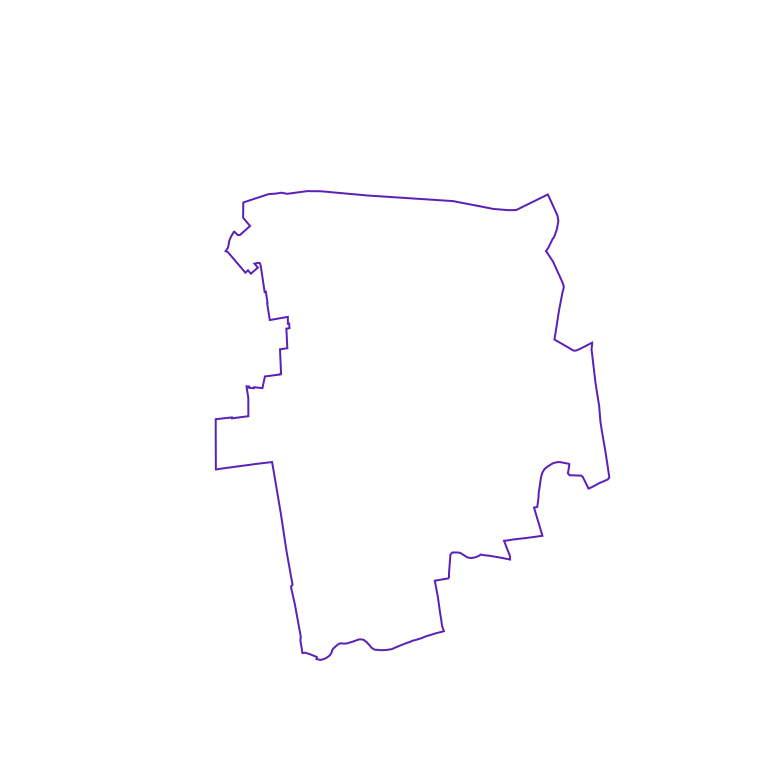 1 Decembrie, Giurgiu, Romania, rotated 134°
{"feature_id": "2599482B3986064328518", "entity_name": "1 Decembrie", "entity_type": "district", "adm_level": 2, "iso_a3": "ROU", "parent_name": "Romania", "parent_adm1": "Giurgiu", "projection": "natural_earth1", "projection_center": [26.066, 44.294], "detail": "fine", "context": "isolated", "style": "outline", "palette": "violet", "viewbox_px": 768, "rotation_deg": 134, "n_neighbors": 0, "source": "geoboundaries", "source_scale": "gbopen_adm2", "svg_char_len": 4378}
<svg xmlns="http://www.w3.org/2000/svg" viewBox="0 0 768 768"><g transform="rotate(134 384 384)"><path d="M562.2,445.5L561.1,444.6L558.1,442.4L540.0,428.1L537.0,425.7L530.5,420.6L517.9,410.3L521.9,404.8L547.4,370.2L548.1,369.2L565.4,346.6L572.2,337.7L573.2,336.3L586.2,318.3L591.7,310.6L592.4,310.2L593.9,310.3L594.5,310.0L594.7,309.7L595.0,309.3L595.5,308.6L604.6,294.8L617.2,277.2L618.9,275.0L620.8,272.1L622.9,269.4L624.1,267.8L626.3,266.3L627.5,264.8L629.2,262.5L631.0,260.0L632.1,258.6L633.2,257.1L633.4,256.9L634.2,255.8L632.1,254.1L630.1,250.2L628.4,246.1L627.9,244.7L627.7,244.2L627.5,243.9L627.3,243.4L627.0,242.8L627.3,242.5L627.5,242.3L627.7,242.1L628.1,241.9L628.6,241.7L628.8,241.5L627.6,239.6L626.4,237.8L623.4,236.1L620.8,235.1L617.1,234.5L614.3,234.9L613.5,235.3L610.8,236.5L610.2,236.7L605.9,236.5L602.0,235.9L600.0,234.4L598.6,232.4L595.6,229.9L593.6,229.0L590.9,227.4L586.9,225.5L585.2,224.6L583.9,223.4L583.0,222.3L582.1,220.7L581.8,217.0L581.9,213.6L582.4,209.8L581.6,206.1L580.0,204.3L577.8,201.5L576.3,200.0L574.0,197.8L571.8,196.1L569.5,194.3L564.2,192.1L559.8,190.2L554.4,187.7L551.5,186.2L548.6,185.0L545.7,183.1L544.0,182.3L541.1,180.6L537.8,179.2L535.3,178.0L532.4,176.3L529.8,174.9L526.7,173.2L523.1,170.9L520.2,169.2L517.7,174.1L513.4,179.7L509.1,185.4L505.8,189.6L500.0,197.0L499.0,198.4L490.2,210.8L480.4,203.6L479.4,202.8L478.0,202.9L474.7,206.0L460.6,217.7L458.6,217.8L457.3,217.6L457.0,217.0L456.2,216.2L455.2,215.2L454.5,214.4L454.0,213.9L453.4,213.2L453.2,212.8L453.0,212.4L452.4,211.4L452.2,210.4L451.4,206.5L451.2,205.6L451.1,204.7L451.0,204.3L451.0,204.2L450.7,203.5L449.9,202.0L449.6,201.6L448.5,200.3L448.3,200.2L447.2,199.3L446.2,198.6L445.6,198.2L444.5,197.6L443.9,197.3L442.2,196.6L441.7,196.4L441.1,196.2L440.7,196.2L440.4,196.1L439.6,196.1L437.7,193.1L435.5,190.4L434.0,188.4L429.1,181.2L426.2,176.8L422.7,171.4L421.0,172.9L419.5,175.4L417.6,179.8L414.8,185.7L413.4,188.7L412.3,187.7L405.9,182.9L400.2,178.2L397.2,175.7L389.0,169.2L386.1,166.9L384.6,165.8L383.2,164.6L382.5,165.7L379.9,170.3L374.4,180.1L368.9,189.9L368.7,190.2L368.2,189.9L366.8,189.0L365.9,188.4L364.3,189.6L362.8,190.7L361.0,192.0L358.2,194.1L355.0,197.0L350.6,200.1L347.2,202.5L345.7,203.6L342.7,205.8L339.8,207.5L337.7,208.5L335.6,209.0L333.4,209.5L329.7,209.0L325.0,207.8L322.7,207.0L322.5,206.8L319.7,204.9L317.8,203.0L316.3,200.7L313.4,196.2L312.9,195.4L313.2,194.7L314.4,193.9L317.8,191.5L319.7,190.2L320.5,189.7L320.6,188.4L320.7,187.1L320.1,186.5L318.5,184.7L317.0,183.0L315.4,181.2L314.3,180.1L313.3,178.9L312.9,178.5L312.7,176.7L312.9,176.2L314.3,172.1L315.6,168.6L316.9,164.9L317.2,164.2L314.3,163.0L310.4,161.7L308.6,161.1L307.0,160.6L306.7,160.6L306.1,160.4L301.9,158.6L297.1,156.7L294.7,157.0L285.0,169.6L279.7,176.6L278.1,178.7L273.5,185.0L269.3,190.8L266.7,194.3L266.4,194.7L260.7,202.2L250.4,213.9L236.7,232.1L233.6,235.9L214.8,258.9L210.4,262.2L209.7,263.0L222.9,267.5L226.4,269.0L227.8,270.2L228.4,271.2L229.0,273.5L229.4,275.4L233.6,292.3L223.0,299.7L222.7,299.9L210.4,308.6L209.8,309.0L198.0,316.7L196.1,318.0L193.0,319.9L191.5,320.6L189.3,322.1L187.8,324.3L185.1,330.7L183.4,335.1L183.3,335.5L178.7,346.9L178.6,347.3L175.8,359.5L175.9,359.8L174.8,360.0L172.4,360.3L171.7,360.5L168.1,361.6L163.7,363.1L162.7,363.4L161.2,363.6L159.8,363.8L152.7,367.1L151.3,368.0L145.6,371.8L142.4,376.1L139.9,382.3L134.9,395.0L133.8,397.8L143.9,401.4L160.4,407.4L164.2,408.7L167.1,409.8L172.4,415.1L182.0,426.8L204.4,461.3L215.4,474.3L260.7,527.8L262.5,530.1L289.2,563.3L298.7,573.3L314.5,585.8L317.6,590.6L322.2,594.1L327.4,598.8L333.6,602.1L335.5,603.1L344.8,608.0L351.2,611.3L357.7,605.1L359.5,603.4L361.5,601.7L362.3,600.6L363.4,590.1L376.8,591.1L378.4,592.7L378.4,597.5L378.9,597.7L384.3,596.4L388.5,594.8L391.9,592.4L394.7,590.8L398.5,590.2L397.6,588.0L400.2,561.0L396.7,560.8L397.1,556.4L387.9,555.6L387.4,560.8L384.0,558.4L383.4,557.7L383.3,557.1L384.3,555.3L386.2,552.7L393.5,543.2L400.8,533.7L399.7,533.1L406.5,524.2L406.9,524.4L417.3,510.6L402.5,499.8L407.4,495.0L406.4,494.2L409.5,490.8L412.0,492.7L425.4,478.4L431.3,482.9L448.1,465.2L448.6,465.6L449.0,465.1L461.3,474.9L471.4,468.6L476.6,475.2L477.5,474.7L480.5,478.6L479.5,479.2L481.2,481.3L488.3,471.9L501.4,459.2L514.3,469.5L513.7,470.2L526.2,480.6L527.1,479.7L528.9,478.0L537.2,470.0L556.9,450.8L560.8,447.0L561.8,446.0L562.2,445.5Z" fill="none" stroke="#5b21b6" stroke-width="2"/></g></svg>